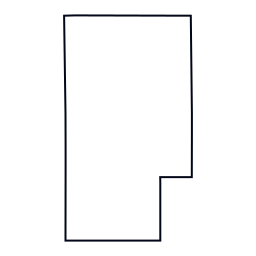 Blaine, Oklahoma, United States of America
{"feature_id": "52423323B75557290257100", "entity_name": "Blaine", "entity_type": "district", "adm_level": 2, "iso_a3": "USA", "parent_name": "United States of America", "parent_adm1": "Oklahoma", "projection": "mercator", "projection_center": [-98.46, 35.859], "detail": "fine", "context": "isolated", "style": "outline", "palette": "ink", "viewbox_px": 256, "rotation_deg": 0, "n_neighbors": 0, "source": "geoboundaries", "source_scale": "gbopen_adm2", "svg_char_len": 318}
<svg xmlns="http://www.w3.org/2000/svg" viewBox="0 0 256 256"><path d="M64.1,15.7L65.5,113.5L65.6,145.2L65.6,170.0L65.5,235.3L65.5,240.6L68.2,240.6L138.6,240.6L160.3,240.6L160.3,182.4L160.2,177.1L191.8,177.1L191.9,134.7L191.9,113.5L190.8,15.7L74.7,15.4L64.1,15.7Z" fill="none" stroke="#020617" stroke-width="2"/></svg>